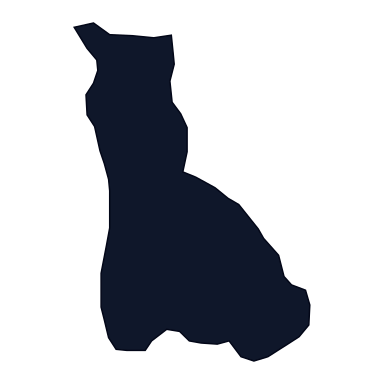 Vasili, Cyprus
{"feature_id": "46923920B59357153035483", "entity_name": "Vasili", "entity_type": "district", "adm_level": 2, "iso_a3": "CYP", "parent_name": "Cyprus", "parent_adm1": "", "projection": "robinson", "projection_center": [34.16, 35.461], "detail": "fine", "context": "isolated", "style": "filled", "palette": "ink", "viewbox_px": 384, "rotation_deg": 0, "n_neighbors": 0, "source": "geoboundaries", "source_scale": "gbopen_adm2", "svg_char_len": 863}
<svg xmlns="http://www.w3.org/2000/svg" viewBox="0 0 384 384"><path d="M74.2,27.3L87.1,48.4L96.8,60.0L97.8,70.5L93.5,83.2L86.0,94.8L87.1,114.9L94.6,126.5L100.0,150.8L104.3,163.5L108.6,179.3L109.7,190.9L109.7,208.9L109.7,227.9L106.4,245.8L101.1,273.3L101.1,293.4L101.1,307.1L104.3,319.8L108.6,337.7L116.1,349.3L126.9,350.4L145.2,350.4L151.6,340.9L166.7,329.3L179.6,331.4L189.3,340.9L201.1,343.0L217.3,344.1L229.1,340.9L241.0,356.7L253.9,361.0L267.9,356.7L289.4,343.0L299.1,336.7L308.8,325.0L309.8,305.0L305.5,290.2L291.5,284.9L284.0,276.5L278.6,255.3L263.6,238.4L258.2,228.9L250.6,219.4L238.8,204.6L228.0,198.3L215.1,187.8L195.8,177.2L182.8,171.9L187.1,151.8L187.1,138.1L187.1,127.6L180.7,113.8L172.1,102.2L169.9,81.1L174.2,64.2L173.2,53.7L171.3,35.2L153.8,37.8L132.3,35.7L109.7,34.7L93.5,23.0L74.2,27.3Z" fill="#0f172a" stroke="#020617" stroke-width="1.5"/></svg>